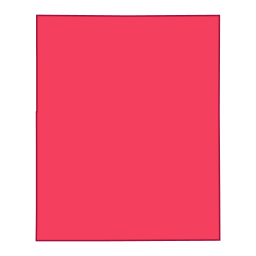 Butler, Kansas, United States of America (Albers equal-area conic projection)
{"feature_id": "52423323B56530624161851", "entity_name": "Butler", "entity_type": "district", "adm_level": 2, "iso_a3": "USA", "parent_name": "United States of America", "parent_adm1": "Kansas", "projection": "albers", "projection_center": [-96.999, 37.782], "detail": "fine", "context": "isolated", "style": "filled", "palette": "rose", "viewbox_px": 256, "rotation_deg": 0, "n_neighbors": 0, "source": "geoboundaries", "source_scale": "gbopen_adm2", "svg_char_len": 415}
<svg xmlns="http://www.w3.org/2000/svg" viewBox="0 0 256 256"><path d="M219.4,15.5L127.3,16.1L36.8,15.4L36.8,47.5L36.9,60.0L36.9,60.6L36.9,63.6L36.9,63.8L36.9,79.8L36.9,112.0L36.5,112.0L36.6,144.1L36.6,149.5L36.6,154.8L36.6,165.6L36.6,176.3L36.6,208.4L36.5,224.6L36.3,240.6L68.3,240.6L99.6,240.6L100.1,240.6L219.7,240.0L219.5,191.9L219.0,111.7L219.4,15.5Z" fill="#f43f5e" stroke="#9f1239" stroke-width="1.5"/></svg>